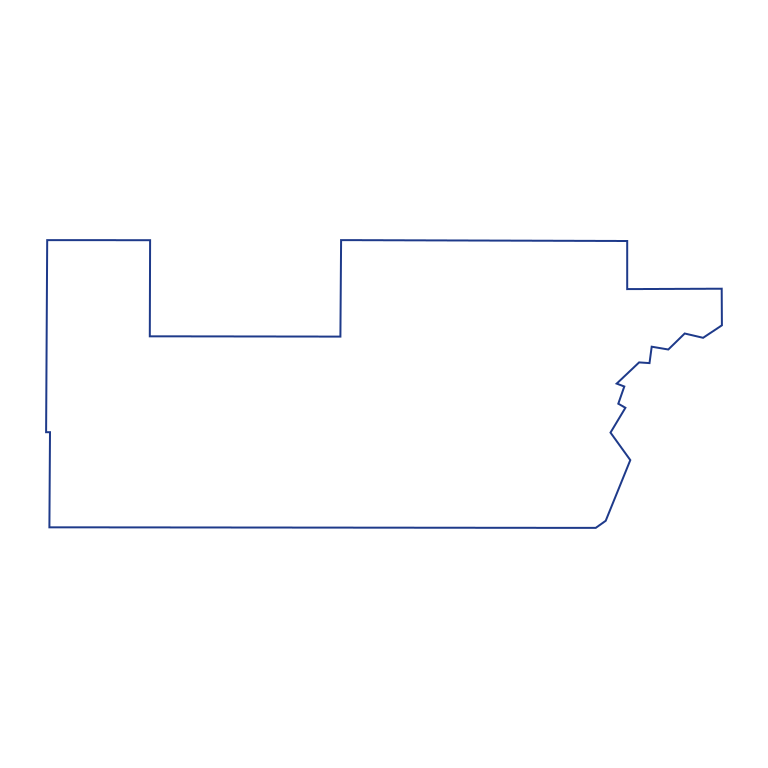 outline of Sibley, Minnesota, United States of America
{"feature_id": "52423323B33552570255615", "entity_name": "Sibley", "entity_type": "district", "adm_level": 2, "iso_a3": "USA", "parent_name": "United States of America", "parent_adm1": "Minnesota", "projection": "albers", "projection_center": [-94.075, 44.587], "detail": "fine", "context": "isolated", "style": "outline", "palette": "blue", "viewbox_px": 768, "rotation_deg": 0, "n_neighbors": 0, "source": "geoboundaries", "source_scale": "gbopen_adm2", "svg_char_len": 459}
<svg xmlns="http://www.w3.org/2000/svg" viewBox="0 0 768 768"><path d="M150.1,240.2L47.2,240.1L46.1,432.2L50.0,432.2L49.4,527.3L595.7,527.9L605.7,520.8L630.3,460.1L610.5,432.6L625.4,407.8L618.3,403.7L624.3,386.5L616.7,383.6L639.1,362.4L649.5,363.1L651.7,346.7L668.3,349.5L684.7,333.5L703.1,337.8L721.9,325.3L721.7,288.7L627.2,289.1L627.2,241.0L531.8,240.7L341.1,240.1L340.4,336.6L149.8,336.3L150.1,240.2Z" fill="none" stroke="#1e3a8a" stroke-width="2"/></svg>